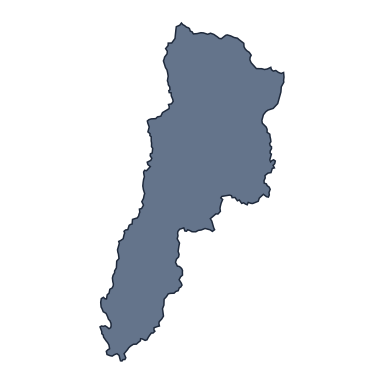 outline of Candiota, Rio Grande do Sul, Brazil
{"feature_id": "56859067B24867666678469", "entity_name": "Candiota", "entity_type": "district", "adm_level": 2, "iso_a3": "BRA", "parent_name": "Brazil", "parent_adm1": "Rio Grande do Sul", "projection": "natural_earth1", "projection_center": [-53.764, -31.586], "detail": "fine", "context": "isolated", "style": "filled", "palette": "slate", "viewbox_px": 384, "rotation_deg": 0, "n_neighbors": 0, "source": "geoboundaries", "source_scale": "gbopen_adm2", "svg_char_len": 4304}
<svg xmlns="http://www.w3.org/2000/svg" viewBox="0 0 384 384"><path d="M107.0,354.5L110.1,355.7L112.2,356.1L114.6,354.6L117.0,353.7L119.1,355.4L119.9,358.7L120.5,360.8L122.0,361.0L123.0,359.6L124.9,359.5L125.8,357.8L124.1,353.7L127.6,349.5L128.6,347.9L130.4,346.2L133.3,344.3L136.5,344.1L138.2,342.5L140.4,340.8L140.6,338.7L142.2,338.9L145.1,340.4L147.0,339.8L148.3,337.3L149.7,335.2L151.3,333.1L153.1,333.0L154.9,331.2L153.9,329.9L154.1,327.7L157.5,326.5L159.4,326.0L158.9,323.5L159.2,321.7L161.7,319.0L163.5,316.1L162.5,308.7L163.9,305.1L164.1,299.2L166.4,296.7L168.2,293.9L170.0,293.4L174.1,293.2L175.8,291.5L178.2,290.7L179.3,287.8L180.7,287.1L182.0,285.1L181.3,283.2L179.1,279.7L180.6,276.8L182.5,275.1L182.4,272.2L182.5,270.5L181.7,268.6L180.3,267.2L178.8,266.3L177.4,266.2L175.5,262.3L176.5,259.1L178.6,256.9L179.1,254.3L178.1,251.4L178.9,246.2L179.5,243.1L177.2,238.8L178.0,235.8L177.6,233.4L177.9,231.4L179.7,229.2L181.3,228.7L183.8,227.9L184.9,231.0L186.5,231.2L187.7,229.8L189.8,230.5L191.9,231.7L193.6,231.8L195.8,231.8L198.3,230.4L201.2,230.0L205.0,228.5L207.1,229.0L210.1,229.8L212.4,231.4L214.6,229.7L213.8,228.1L211.8,221.1L210.3,218.7L215.9,213.9L218.0,214.0L220.4,211.3L220.0,208.4L220.3,206.5L221.2,203.0L222.7,199.5L220.8,197.9L221.9,196.4L225.3,195.8L229.6,195.1L231.5,195.7L232.1,197.7L235.0,197.5L237.4,200.8L239.3,200.0L241.7,203.4L243.6,202.8L245.2,203.9L247.2,204.8L248.2,202.4L251.1,203.4L252.7,203.5L258.2,201.3L259.3,198.1L263.4,194.3L266.5,196.7L268.4,197.1L269.3,194.9L269.0,192.6L270.2,189.3L269.1,187.0L267.2,185.7L266.4,183.9L264.2,183.1L264.0,180.7L265.2,178.0L265.0,175.5L268.0,173.1L271.0,172.6L272.3,168.4L274.4,167.9L273.1,165.3L274.7,163.7L275.3,161.0L273.6,159.8L271.9,160.6L270.6,161.9L269.8,159.8L271.4,154.1L270.1,153.1L270.2,150.9L271.5,148.7L271.5,146.7L270.2,145.8L269.6,143.6L270.9,141.7L270.6,139.1L270.1,137.0L269.8,134.2L267.1,132.3L267.1,129.3L266.2,127.1L265.0,125.9L262.3,123.2L261.9,120.4L263.4,114.8L265.8,111.7L268.0,110.1L273.2,108.4L277.7,103.6L280.9,92.0L281.3,86.8L283.8,82.2L283.6,80.3L284.0,77.1L283.6,72.5L281.2,73.5L278.4,72.4L275.8,70.5L273.3,71.1L271.4,69.6L270.8,67.3L267.3,69.0L264.5,69.5L261.7,68.7L256.4,68.6L251.1,62.7L249.9,59.8L250.1,57.4L251.2,55.2L249.2,52.3L246.8,50.7L245.0,48.7L244.0,46.7L243.8,43.3L238.9,39.5L237.5,38.2L234.1,37.5L230.7,35.9L227.2,34.9L225.7,35.3L221.4,38.7L219.2,38.4L217.3,36.8L213.8,34.4L210.5,33.2L207.7,34.3L203.5,32.9L200.9,32.7L197.2,33.6L193.4,33.9L192.1,31.8L190.3,31.1L189.4,28.5L188.0,27.6L186.5,27.2L184.6,25.6L182.9,24.7L181.4,23.0L179.8,25.2L176.3,26.7L175.9,29.7L175.0,38.5L171.7,43.0L168.2,43.1L168.1,45.6L165.6,48.6L167.3,51.1L167.1,53.8L164.6,57.1L164.1,59.1L163.4,60.9L165.5,67.6L166.9,69.8L167.5,72.2L168.2,76.2L167.4,80.8L168.1,82.7L168.3,84.8L169.7,86.9L170.0,89.7L168.8,90.6L169.2,92.6L171.1,92.8L171.3,95.9L172.6,98.9L173.2,101.3L171.5,103.8L168.5,104.5L169.2,106.6L169.1,108.6L167.5,109.6L162.5,112.6L160.8,116.2L157.4,116.9L155.8,118.6L151.2,118.9L149.0,119.6L147.3,121.0L147.8,123.1L149.2,127.0L147.9,131.9L150.0,133.6L149.9,135.6L151.2,136.7L151.2,140.9L151.6,143.1L151.5,146.6L152.7,148.3L152.2,153.0L150.4,153.8L150.2,155.9L151.8,158.2L150.8,160.4L147.2,162.2L147.9,164.6L150.3,166.6L146.5,170.7L144.6,170.3L143.6,172.0L143.8,173.8L144.4,176.8L143.6,179.4L143.1,182.7L142.8,186.0L143.4,189.6L144.7,193.6L144.1,195.3L143.5,198.4L141.8,201.7L143.5,205.1L141.6,208.5L139.4,209.1L139.8,212.2L139.0,214.2L138.6,216.0L137.3,217.9L135.3,218.5L132.5,219.4L132.1,224.0L130.4,224.5L129.1,225.4L127.8,229.6L125.5,230.0L124.0,231.3L124.7,233.0L124.0,234.9L123.2,238.7L120.7,240.5L118.7,241.4L119.3,243.4L117.5,249.8L117.8,252.0L118.4,253.9L119.0,258.6L116.7,261.1L116.4,267.9L114.6,270.9L114.6,272.8L113.1,275.2L112.4,278.0L112.8,281.6L113.4,283.9L113.2,285.9L112.1,288.0L109.8,289.3L109.1,293.1L107.2,294.8L106.5,298.9L105.0,298.8L103.4,297.3L101.3,298.6L100.7,302.3L101.1,307.0L102.0,308.6L103.2,311.7L106.1,313.4L107.6,316.7L108.4,319.1L110.0,320.9L111.0,323.4L111.1,326.0L110.6,327.7L109.0,328.7L107.0,327.0L105.1,325.8L103.3,326.4L101.5,326.0L100.0,326.9L101.0,329.5L101.8,331.7L101.8,333.7L103.2,335.0L103.6,337.2L105.0,339.2L106.1,340.8L107.6,342.6L108.9,344.9L109.3,346.9L109.6,348.8L108.1,349.6L106.3,351.3L107.0,354.5Z" fill="#64748b" stroke="#1e293b" stroke-width="1.5"/></svg>